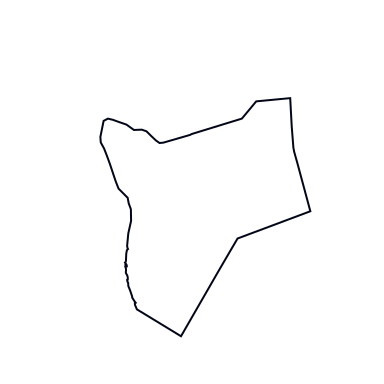 outline of Aoujeft, Adrar, Mauritania, rotated 300°
{"feature_id": "47542326B38912627875653", "entity_name": "Aoujeft", "entity_type": "district", "adm_level": 2, "iso_a3": "MRT", "parent_name": "Mauritania", "parent_adm1": "Adrar", "projection": "albers", "projection_center": [-13.419, 19.526], "detail": "fine", "context": "isolated", "style": "outline", "palette": "ink", "viewbox_px": 384, "rotation_deg": 300, "n_neighbors": 0, "source": "geoboundaries", "source_scale": "gbopen_adm2", "svg_char_len": 1051}
<svg xmlns="http://www.w3.org/2000/svg" viewBox="0 0 384 384"><g transform="rotate(300 192 192)"><path d="M61.6,254.6L135.6,254.5L160.4,254.6L174.5,254.7L234.5,304.1L270.6,267.9L272.7,265.7L278.0,260.3L281.0,257.7L298.6,245.6L322.4,230.1L302.6,202.3L280.5,198.5L242.0,162.7L240.5,161.8L220.5,142.6L218.2,139.4L218.6,135.0L220.0,129.1L221.8,122.2L220.9,117.4L216.7,110.7L217.6,101.5L215.8,92.2L215.0,87.5L213.5,82.5L209.4,79.9L193.9,85.1L189.3,88.2L185.7,94.1L180.9,100.1L175.3,106.8L163.6,120.0L162.6,121.2L158.2,126.7L154.8,139.2L150.6,142.8L146.5,147.7L136.5,153.7L124.4,157.5L122.8,158.2L112.8,162.8L111.1,164.3L110.6,165.1L109.1,164.7L105.7,165.9L99.4,169.2L98.2,169.5L97.3,169.3L96.4,171.5L95.7,172.2L95.4,171.6L95.3,171.1L94.7,171.6L94.5,172.2L94.0,171.6L93.5,172.2L92.9,172.8L92.2,173.4L91.5,173.8L88.8,175.2L87.3,177.7L86.0,179.0L84.0,180.2L83.4,179.8L82.1,180.9L81.5,182.0L78.7,183.9L75.9,187.5L71.7,192.3L70.6,193.1L68.6,196.9L67.9,198.6L67.1,198.1L65.7,199.1L62.8,203.0L61.6,254.6Z" fill="none" stroke="#020617" stroke-width="2"/></g></svg>